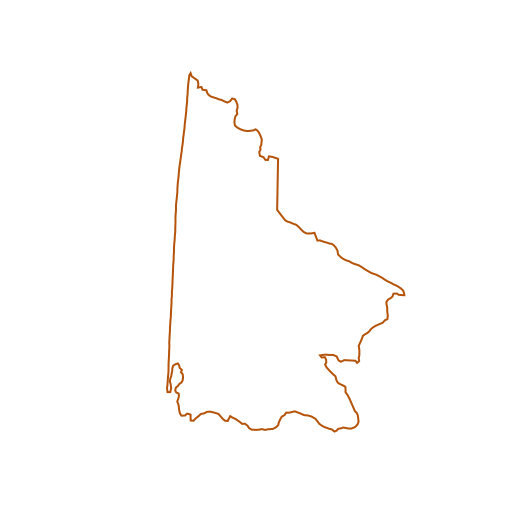 outline of Conde, Bahia, Brazil, rotated 161°
{"feature_id": "56859067B41531106356", "entity_name": "Conde", "entity_type": "district", "adm_level": 2, "iso_a3": "BRA", "parent_name": "Brazil", "parent_adm1": "Bahia", "projection": "robinson", "projection_center": [-37.676, -11.864], "detail": "fine", "context": "isolated", "style": "outline", "palette": "amber", "viewbox_px": 512, "rotation_deg": 161, "n_neighbors": 0, "source": "geoboundaries", "source_scale": "gbopen_adm2", "svg_char_len": 4447}
<svg xmlns="http://www.w3.org/2000/svg" viewBox="0 0 512 512"><g transform="rotate(161 256 256)"><path d="M384.0,156.1L381.4,155.2L379.3,158.6L378.4,162.6L378.3,165.4L376.8,168.2L375.3,170.0L373.8,172.6L372.6,174.7L371.6,177.2L369.9,179.3L367.4,179.9L364.9,179.9L364.3,177.6L364.6,175.1L363.2,172.3L364.8,170.5L363.8,168.2L364.4,165.2L365.9,162.2L367.6,160.7L369.9,160.1L372.3,158.5L374.5,157.7L376.2,155.2L375.8,152.8L373.9,151.2L374.4,148.8L375.9,146.4L377.8,144.1L377.8,139.7L378.7,136.0L379.2,132.1L378.5,129.3L375.1,128.3L372.3,129.4L369.5,127.3L370.5,124.4L371.3,121.7L368.7,120.6L365.9,122.1L361.9,123.5L359.6,124.6L356.2,124.1L353.1,124.6L349.8,123.7L347.4,122.1L345.0,120.5L342.9,118.9L341.6,115.7L340.2,112.3L338.8,110.3L336.5,109.2L334.4,111.2L332.5,113.0L330.6,110.6L328.2,108.4L325.3,104.3L323.9,101.9L321.1,101.0L319.2,98.2L318.7,95.7L316.8,93.3L312.6,91.6L310.1,90.9L306.8,90.4L304.0,88.6L301.3,88.3L298.3,87.5L296.0,87.0L292.6,87.6L290.1,88.8L288.4,91.5L285.9,94.0L284.0,95.7L280.8,96.3L278.5,98.1L275.9,97.1L273.1,96.8L269.9,96.5L267.4,94.4L264.8,92.2L262.4,89.9L258.8,88.3L255.6,86.0L252.8,82.7L251.7,79.7L250.8,76.7L248.9,74.1L247.1,72.0L245.0,70.5L243.2,68.9L240.9,67.5L239.0,64.5L236.7,64.6L234.7,65.8L231.7,65.4L229.3,65.4L227.0,64.1L225.0,62.9L222.1,61.8L218.0,62.0L214.8,63.7L213.1,65.7L212.2,69.3L211.6,72.4L211.9,74.9L213.0,77.1L214.0,90.1L214.6,94.4L215.7,98.2L214.8,100.5L214.1,103.3L216.2,105.6L218.1,107.4L219.9,109.5L220.4,112.4L220.0,116.3L222.1,120.0L224.0,124.0L225.6,127.9L226.0,130.9L224.3,132.3L223.5,134.9L223.8,137.9L227.0,138.7L227.8,141.2L224.3,140.6L221.9,139.9L219.2,138.7L215.2,137.3L212.4,134.7L212.0,130.6L210.2,128.4L206.4,128.8L196.1,124.6L195.2,122.0L192.7,123.0L192.1,126.1L190.6,128.5L188.9,133.4L188.1,137.6L182.7,143.4L180.9,145.7L178.4,146.5L175.8,146.9L173.2,148.0L171.4,149.3L168.9,150.3L165.3,151.1L161.0,151.4L157.8,151.7L154.9,153.3L152.4,153.5L150.9,156.4L149.9,161.1L148.7,164.6L148.4,167.4L147.8,169.9L145.5,171.7L142.4,172.4L140.2,173.2L138.3,175.6L135.1,174.7L133.5,172.7L128.5,170.6L128.0,172.9L128.2,175.4L129.3,177.8L131.4,180.6L133.2,182.6L135.3,184.5L137.3,186.8L140.1,189.5L142.5,192.4L143.9,194.4L146.0,196.7L148.5,199.3L150.9,201.1L152.7,202.6L154.9,205.1L157.3,207.9L159.5,210.9L161.8,213.7L163.8,215.2L165.7,216.6L167.4,218.1L169.7,220.8L172.3,222.6L174.1,224.5L175.8,226.6L177.9,230.7L177.2,234.9L177.9,238.3L179.0,240.9L180.4,242.8L182.4,243.8L184.1,245.2L186.6,246.9L188.5,248.3L190.4,249.9L192.9,250.6L193.2,258.9L196.2,259.3L200.8,260.8L203.1,263.2L204.6,266.2L206.3,269.8L207.8,272.4L210.9,274.9L212.7,276.6L214.7,278.0L216.8,280.2L221.0,292.7L203.5,340.7L205.4,342.2L208.3,344.4L211.3,346.0L213.5,342.9L215.8,343.8L216.8,347.1L219.7,349.4L219.1,353.3L217.1,355.1L216.7,357.4L214.8,359.4L213.6,362.1L212.6,364.2L212.6,367.7L213.0,371.6L213.7,373.8L215.1,375.9L217.3,375.6L220.1,376.1L223.1,376.8L226.1,378.3L228.8,380.3L230.5,382.0L232.0,383.7L233.4,386.2L232.9,389.4L231.6,392.4L229.8,395.0L227.5,396.2L226.9,399.8L225.0,402.5L224.3,405.3L224.4,408.1L224.9,411.1L227.3,412.7L230.1,410.8L233.2,410.4L235.7,412.6L237.8,414.8L239.8,416.0L242.2,418.1L246.8,421.5L248.4,423.8L249.1,426.3L248.9,428.8L252.4,430.6L252.6,433.6L256.1,434.1L254.5,437.4L254.0,440.9L256.0,443.7L258.3,446.8L258.3,450.2L260.1,448.7L262.0,444.9L264.0,440.9L265.3,437.9L266.7,434.6L268.0,431.3L269.5,428.1L270.4,425.6L271.6,422.8L272.7,420.5L273.7,418.4L274.9,415.4L276.8,411.4L278.9,407.0L280.6,403.5L282.0,400.2L283.7,396.8L285.3,393.5L286.6,391.0L287.6,388.5L289.3,385.0L290.9,382.1L291.9,379.7L293.9,375.9L296.0,371.7L298.5,366.9L300.3,363.3L301.9,359.7L303.7,355.6L305.5,352.0L307.2,348.1L308.5,345.0L309.5,342.2L310.9,339.1L312.1,336.5L314.0,332.5L315.3,329.6L316.3,326.6L317.4,323.8L318.4,321.6L319.6,318.7L320.4,316.3L321.2,314.0L322.2,311.4L323.1,309.1L323.9,306.8L324.7,304.6L325.9,302.2L327.6,297.9L329.4,294.0L331.0,290.1L332.7,285.4L333.7,283.2L335.2,279.0L337.2,274.5L338.7,270.6L340.4,266.2L341.5,263.5L342.7,260.5L344.0,257.0L345.0,254.6L345.9,252.3L347.0,250.0L347.8,247.6L348.8,245.0L350.0,242.5L351.0,239.5L351.9,237.3L353.6,233.3L354.9,230.0L355.8,227.7L356.7,225.4L358.2,222.2L359.2,219.6L360.5,216.7L361.6,213.7L362.6,211.2L363.5,209.1L364.8,205.8L366.2,202.4L367.3,198.8L369.0,194.6L370.5,190.6L372.2,186.4L373.9,182.2L375.1,178.8L376.2,175.7L377.2,173.3L378.5,170.5L380.0,167.0L381.5,163.4L383.2,159.9L384.0,156.1Z" fill="none" stroke="#b45309" stroke-width="2"/></g></svg>